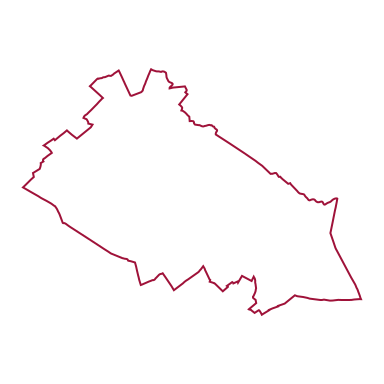 the district of Movileni, Iasi, Romania
{"feature_id": "2599482B3675832994894", "entity_name": "Movileni", "entity_type": "district", "adm_level": 2, "iso_a3": "ROU", "parent_name": "Romania", "parent_adm1": "Iasi", "projection": "equal_earth", "projection_center": [27.37, 47.318], "detail": "fine", "context": "isolated", "style": "outline", "palette": "rose", "viewbox_px": 384, "rotation_deg": 0, "n_neighbors": 0, "source": "geoboundaries", "source_scale": "gbopen_adm2", "svg_char_len": 5863}
<svg xmlns="http://www.w3.org/2000/svg" viewBox="0 0 384 384"><path d="M184.9,86.4L183.1,86.6L172.9,87.6L169.6,88.4L169.6,88.0L169.6,87.8L169.8,87.5L170.3,86.8L171.5,85.8L172.4,84.8L172.6,84.5L172.6,84.1L172.6,83.8L172.2,83.3L171.7,83.0L169.3,82.0L168.5,81.3L166.9,78.2L166.5,77.0L166.4,75.6L166.2,74.0L165.9,72.7L164.8,72.0L164.1,71.6L163.0,71.4L162.2,71.4L161.1,71.9L160.1,71.7L158.8,71.4L156.8,71.4L155.8,71.2L152.5,70.1L151.1,69.3L150.1,71.3L149.6,72.6L148.2,75.8L147.8,76.9L147.1,78.7L145.9,81.5L145.5,82.8L145.0,84.1L144.1,86.0L143.4,88.1L143.2,88.7L143.0,89.3L142.9,89.9L142.7,90.6L142.4,90.9L141.6,91.8L141.1,92.2L131.7,95.8L130.4,95.5L124.7,83.3L124.3,82.3L123.7,81.1L121.9,77.1L119.2,71.4L118.7,70.5L113.9,73.7L113.2,74.5L112.8,74.7L112.1,75.2L111.0,75.9L110.5,75.9L110.1,75.9L109.0,75.6L108.7,75.6L105.1,77.1L104.5,77.2L103.2,77.3L102.5,77.7L101.8,78.1L101.0,78.2L100.0,78.3L98.4,78.8L98.0,78.5L97.0,79.1L91.7,84.5L90.8,85.4L90.1,86.0L89.9,86.2L91.0,87.1L99.5,94.8L102.9,98.0L101.9,98.8L100.8,100.0L99.3,101.5L96.8,104.3L95.3,105.8L90.9,110.3L88.9,112.2L87.6,113.5L87.2,114.0L84.8,115.6L84.1,116.5L83.9,116.8L83.8,117.4L83.5,117.9L85.2,118.7L86.3,119.1L86.6,119.3L86.8,119.5L88.0,121.7L88.2,122.3L88.3,122.8L88.3,123.6L92.5,124.6L90.8,127.3L76.9,138.6L71.8,134.7L68.2,131.6L66.9,130.4L63.6,133.2L60.4,135.6L54.9,140.2L53.7,138.7L50.8,140.7L47.7,142.7L43.8,145.5L44.5,145.8L44.8,146.1L48.1,148.3L48.5,148.8L49.7,149.9L51.2,151.8L51.8,152.9L47.7,155.8L44.9,158.1L43.5,158.9L43.4,159.5L43.0,159.9L43.0,160.1L43.0,160.4L43.0,160.8L43.1,161.1L43.4,161.5L40.7,163.1L40.8,163.6L40.8,164.8L40.6,165.8L40.4,166.8L39.7,168.9L33.0,173.0L33.8,177.0L31.1,179.4L25.9,184.6L23.0,187.4L30.4,191.7L38.5,196.3L40.6,197.7L42.2,198.6L46.4,200.8L49.9,202.8L51.4,203.7L54.1,205.7L54.7,206.1L55.2,206.3L55.3,206.6L56.0,207.6L56.5,208.3L57.1,209.3L58.2,211.7L59.0,213.1L59.7,214.7L61.8,220.3L62.5,222.2L62.7,222.8L62.9,223.0L63.1,223.1L64.5,223.1L65.2,223.5L65.8,223.8L68.6,225.9L71.0,227.5L88.8,239.0L104.4,249.2L108.2,251.6L111.0,253.5L122.5,258.2L123.2,258.3L124.5,258.7L126.2,258.9L127.0,259.1L127.3,259.3L127.6,259.5L128.0,260.4L128.1,260.6L128.3,260.7L129.7,261.0L130.7,261.2L134.1,262.2L135.0,262.5L136.1,266.5L137.0,270.6L138.3,276.1L138.5,276.7L139.2,279.8L140.1,282.8L140.8,285.0L141.7,284.7L148.1,281.9L149.0,281.5L151.0,280.8L151.3,280.6L152.7,280.1L153.4,280.1L153.6,280.1L154.5,279.7L155.3,278.8L155.5,278.4L156.3,277.7L157.4,276.5L158.1,275.8L159.0,274.8L159.8,274.3L160.1,274.1L160.5,274.0L161.5,273.8L162.2,273.6L162.7,273.3L165.5,277.3L171.4,286.0L173.9,290.2L183.0,283.3L183.6,282.7L184.7,281.7L186.3,280.5L187.8,279.6L198.0,272.4L198.5,272.0L199.2,271.3L199.7,270.5L200.8,269.4L203.2,266.2L203.5,266.7L204.2,267.9L204.6,268.5L205.2,270.3L206.0,271.9L209.6,279.5L210.2,279.9L210.1,280.4L209.7,281.7L212.9,282.7L214.4,283.4L214.5,283.3L214.9,283.6L222.8,291.3L227.9,286.9L227.9,286.7L226.9,285.9L232.2,282.1L232.9,282.6L233.3,283.1L233.4,283.4L237.6,281.5L238.0,282.7L242.0,275.9L251.6,281.0L253.7,276.7L253.9,277.1L254.7,278.4L255.0,279.4L255.2,280.4L255.2,282.8L255.5,283.9L255.9,286.9L256.1,288.3L255.8,289.5L255.6,290.9L255.5,291.4L255.3,291.9L255.1,292.6L253.6,295.9L253.0,296.7L253.0,297.3L253.1,297.8L253.3,298.1L254.2,298.8L255.6,299.9L256.2,303.1L248.8,309.3L249.1,309.5L251.0,309.9L251.2,310.2L254.6,312.9L258.6,310.3L258.9,310.2L259.1,310.3L259.4,310.6L260.0,311.4L260.6,312.4L261.4,313.8L261.8,314.7L269.2,310.2L269.0,309.9L272.5,308.4L278.2,306.4L278.0,305.9L284.7,303.6L294.9,295.3L296.9,296.1L297.8,296.3L303.1,297.0L307.4,297.9L309.0,298.4L309.5,298.6L320.4,300.0L321.9,300.0L323.6,299.7L323.9,299.6L324.4,299.7L329.9,300.6L330.9,300.6L332.9,300.5L338.0,299.9L338.8,299.9L341.6,300.0L349.1,300.0L351.6,299.9L354.2,299.5L358.1,299.2L360.2,299.1L360.8,299.2L361.0,299.2L360.4,297.8L359.8,295.8L358.7,292.8L358.4,292.1L357.9,290.6L357.4,289.3L356.9,288.4L356.4,287.5L356.1,286.6L355.2,284.5L351.1,277.4L337.0,250.9L336.1,249.3L335.4,247.8L333.6,242.4L330.4,233.1L332.6,222.4L335.0,210.3L335.7,207.4L336.0,205.7L336.7,202.2L337.3,198.7L336.9,198.4L336.2,198.4L335.3,198.5L334.5,198.8L333.4,199.3L332.3,200.1L330.8,201.5L330.0,202.0L329.2,202.3L327.6,202.9L327.1,203.2L325.1,204.5L324.6,204.6L324.3,204.6L323.9,204.3L323.6,203.9L322.8,202.4L322.6,202.1L322.3,201.8L321.8,201.6L321.3,201.6L320.7,201.7L319.0,202.2L318.3,202.2L317.7,202.2L317.1,202.0L316.0,201.3L315.5,200.8L315.1,200.2L314.8,199.9L314.3,199.6L313.9,199.4L313.2,199.3L312.7,199.3L311.9,199.5L311.2,199.7L309.8,200.3L309.4,200.3L309.0,200.2L308.6,200.0L308.0,199.3L307.5,198.6L307.1,198.1L306.2,197.3L305.7,196.8L305.0,195.9L304.6,195.2L304.1,194.5L303.6,194.3L303.0,194.1L301.2,193.8L299.8,193.5L298.8,192.8L298.0,192.0L297.2,191.0L291.1,184.6L290.4,183.6L290.2,183.2L288.2,183.8L282.5,179.1L281.6,178.2L280.8,177.5L280.6,177.2L280.4,176.8L280.3,176.7L278.9,176.9L278.6,176.6L278.0,175.7L277.5,174.8L276.2,173.1L274.9,173.0L272.3,173.8L271.8,173.7L270.9,173.9L270.6,173.9L262.2,165.8L261.5,165.3L258.0,162.8L255.6,160.9L243.9,152.9L230.0,143.7L215.8,134.5L215.7,133.9L216.1,132.3L216.7,131.5L217.0,130.9L217.1,130.5L216.8,129.7L215.6,128.9L215.2,128.5L214.6,127.9L214.2,126.9L214.1,126.7L213.2,126.5L212.9,126.4L212.5,126.1L211.8,125.3L211.6,125.2L210.6,125.3L210.0,125.0L209.4,124.9L208.1,125.1L205.9,125.8L204.6,126.0L203.7,126.4L203.2,126.4L202.8,126.4L202.1,126.3L200.9,125.8L199.7,125.2L199.2,125.1L198.4,125.1L195.1,124.6L194.9,124.5L194.5,124.0L194.0,123.2L194.0,122.5L193.7,121.7L193.5,121.4L193.4,121.3L193.1,121.2L191.6,121.0L189.7,121.1L189.3,116.7L189.2,116.6L187.5,115.1L186.6,114.0L185.3,112.7L184.6,112.1L182.7,110.8L181.4,110.5L181.9,109.2L182.1,108.4L182.2,107.9L182.0,107.3L181.5,106.6L180.3,105.4L179.2,104.5L187.5,94.2L186.6,93.5L185.3,92.3L186.1,91.3L186.6,90.8L186.7,90.4L186.7,90.2L186.7,89.9L184.9,86.4Z" fill="none" stroke="#9f1239" stroke-width="2"/></svg>